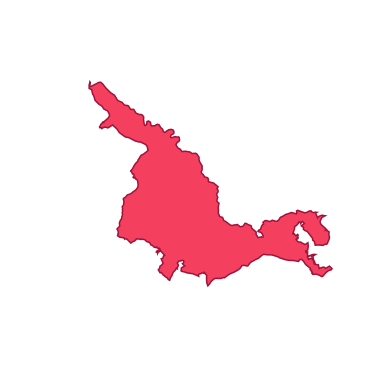 Risca, Cluj, Romania, rotated 229°
{"feature_id": "2599482B15866458666366", "entity_name": "Risca", "entity_type": "district", "adm_level": 2, "iso_a3": "ROU", "parent_name": "Romania", "parent_adm1": "Cluj", "projection": "mercator", "projection_center": [23.11, 46.713], "detail": "fine", "context": "isolated", "style": "filled", "palette": "rose", "viewbox_px": 384, "rotation_deg": 229, "n_neighbors": 0, "source": "geoboundaries", "source_scale": "gbopen_adm2", "svg_char_len": 6033}
<svg xmlns="http://www.w3.org/2000/svg" viewBox="0 0 384 384"><g transform="rotate(229 192 192)"><path d="M94.8,272.8L96.0,271.7L96.6,270.4L97.9,269.4L99.8,269.4L100.8,267.8L101.3,265.1L102.5,263.3L108.9,259.7L109.1,258.5L107.2,257.1L107.0,256.5L111.4,253.5L112.4,250.5L113.6,248.0L114.1,244.8L114.9,242.0L114.1,239.4L114.0,237.1L115.0,236.0L118.0,234.1L118.6,231.4L122.0,229.1L122.5,228.0L122.6,225.7L120.8,224.9L121.0,223.8L120.7,222.3L119.1,219.6L119.0,218.8L119.4,217.4L119.2,216.1L118.7,216.0L116.1,217.6L114.4,217.5L111.9,216.8L111.5,216.2L111.7,215.2L112.6,215.0L114.1,212.2L114.5,211.9L116.1,212.4L117.7,212.4L119.8,214.2L125.2,213.3L128.0,214.5L129.4,213.5L133.0,212.1L133.6,211.3L132.7,208.3L133.8,205.9L134.5,205.5L137.8,204.9L138.1,204.0L139.5,202.2L140.0,200.9L141.6,199.3L147.9,198.0L149.6,197.2L152.7,198.4L155.0,197.0L156.2,197.0L157.3,197.6L158.4,197.7L161.2,200.3L163.1,201.5L165.8,205.0L168.7,204.7L170.0,206.1L171.0,207.9L174.1,209.0L174.5,209.7L175.0,211.8L176.3,212.8L178.1,213.0L178.8,215.1L184.6,214.2L188.8,211.3L189.5,211.4L190.7,212.7L191.9,213.1L193.0,212.9L195.1,211.4L197.4,211.9L200.2,211.6L201.2,212.3L202.1,214.2L205.1,216.8L209.8,217.6L212.0,218.6L213.0,219.7L214.0,220.2L217.8,220.6L218.9,220.1L221.1,217.2L223.4,216.8L226.8,214.0L227.9,212.8L229.0,211.0L232.0,211.2L234.3,210.3L237.2,210.6L238.5,211.2L239.1,213.7L239.0,214.4L238.7,214.9L239.1,216.5L241.7,218.2L242.5,217.9L243.2,216.8L244.9,215.6L246.3,212.4L247.2,211.8L247.9,212.0L248.8,213.9L248.1,215.9L248.3,217.0L249.7,218.1L251.3,218.4L253.0,217.3L254.2,215.4L254.7,212.7L254.5,211.2L255.1,210.5L256.3,210.0L258.6,211.0L261.3,210.6L264.1,211.3L265.8,210.4L266.3,208.5L266.3,207.6L268.3,204.9L269.2,204.8L271.9,206.4L274.1,205.8L274.7,204.2L272.8,202.1L272.6,201.0L273.1,200.1L275.1,200.7L278.8,203.2L279.7,204.3L280.7,204.9L282.3,205.0L283.5,204.7L285.4,202.9L288.3,201.5L292.4,202.2L292.9,202.0L294.4,200.1L295.1,199.9L298.7,200.5L299.7,200.0L301.7,198.1L305.7,198.0L309.3,196.2L310.2,196.0L315.8,197.0L320.4,195.7L327.1,195.2L332.2,195.5L334.8,195.1L335.8,193.6L338.1,184.6L338.6,184.2L339.2,184.5L341.2,187.0L342.1,187.2L340.1,184.4L337.6,182.3L335.0,183.4L331.3,181.3L328.9,180.9L324.8,179.0L319.5,179.3L315.7,180.4L312.4,179.9L308.6,181.5L305.1,180.7L303.6,179.7L302.8,177.3L302.8,171.9L303.2,170.9L302.4,170.8L303.1,169.7L302.8,168.6L302.9,167.6L302.0,165.9L301.9,165.1L301.2,164.5L300.0,165.8L299.2,165.4L298.4,168.4L297.3,169.6L295.8,170.3L295.4,171.1L294.7,176.0L288.7,176.7L284.6,176.1L277.4,177.7L274.4,180.0L267.8,182.6L264.9,184.5L263.5,185.9L258.3,188.2L255.5,188.0L253.7,186.8L252.4,186.5L252.2,184.6L252.4,180.5L253.1,177.5L251.5,172.3L250.7,171.1L250.7,169.1L250.1,166.3L248.5,162.1L248.1,159.6L247.8,159.3L247.0,159.7L244.6,158.9L243.8,159.7L243.3,159.6L242.1,158.7L242.0,157.8L241.6,157.1L240.6,157.4L240.4,158.5L238.7,158.0L237.6,158.6L235.4,157.9L232.0,155.4L231.0,153.7L230.4,151.0L230.8,147.5L230.8,144.7L232.1,141.6L232.2,140.6L231.7,139.1L232.1,136.3L231.9,135.6L229.2,134.2L227.1,131.7L226.7,129.7L224.3,128.2L224.1,127.7L223.0,127.0L222.2,125.7L220.4,124.7L219.1,122.4L218.3,121.7L217.8,120.7L217.8,119.8L216.4,117.0L213.7,115.1L213.3,111.1L211.2,110.7L209.5,109.6L209.1,108.7L208.5,108.4L207.9,107.1L205.5,107.7L201.7,110.7L200.7,110.3L200.7,110.8L198.9,112.0L193.6,112.3L193.3,115.2L192.6,116.8L192.9,117.1L192.7,118.1L193.1,119.2L190.9,121.5L189.5,122.5L189.2,123.5L187.4,124.7L186.3,125.2L184.5,125.2L181.6,126.9L179.2,126.2L177.5,127.1L175.2,127.2L174.0,128.1L173.8,129.3L172.5,128.9L171.0,130.4L170.0,130.4L170.5,126.2L170.0,125.6L169.1,126.3L168.2,125.7L168.8,127.1L168.3,128.4L168.3,129.3L168.8,129.7L162.2,129.8L162.4,128.6L161.3,126.7L161.8,124.9L157.1,123.4L156.8,121.5L157.0,119.3L155.6,117.2L155.4,115.5L151.9,114.9L151.3,116.1L148.1,115.8L147.7,116.1L145.3,116.3L144.1,116.9L141.9,116.7L141.1,117.2L140.3,116.9L140.0,117.2L141.5,119.6L141.7,121.2L143.7,125.0L144.0,128.3L144.7,130.1L143.7,130.5L144.4,130.9L145.5,133.7L148.0,134.3L148.5,137.0L147.2,138.3L147.1,139.7L145.7,140.6L144.6,140.0L144.1,138.7L144.2,137.7L141.0,138.0L141.7,134.2L139.7,132.0L139.0,132.1L135.5,134.6L134.3,135.1L129.6,139.1L124.0,141.8L125.2,142.5L125.5,143.2L124.5,145.3L124.3,146.5L123.5,147.4L122.7,147.8L123.2,148.5L119.2,148.3L117.9,146.8L114.0,143.7L110.8,142.4L111.0,144.4L112.0,148.1L111.9,152.1L110.0,154.8L109.4,155.0L108.9,156.0L107.8,156.9L107.0,159.3L106.0,160.1L105.5,166.2L103.7,171.8L102.9,175.9L102.9,179.0L103.7,180.9L103.7,181.4L102.4,183.3L100.0,185.0L99.6,185.7L100.3,188.8L100.4,190.4L99.3,195.7L98.4,198.5L98.3,204.0L97.7,205.6L96.2,206.6L92.1,211.0L86.5,214.5L85.1,214.8L79.9,217.9L77.3,219.9L73.3,224.0L69.7,226.8L70.2,228.7L70.1,229.4L69.0,230.5L66.4,230.7L62.9,230.2L56.5,231.2L55.9,230.2L54.1,230.6L54.0,230.1L52.3,230.0L52.2,229.2L50.7,229.1L48.5,231.9L45.8,233.4L43.1,234.4L42.6,235.3L43.3,240.4L43.1,243.4L41.9,246.2L42.3,247.4L45.9,247.1L46.7,242.7L48.6,242.4L49.7,240.9L50.8,237.8L54.1,239.6L54.2,239.2L56.2,238.0L56.8,238.0L57.1,237.1L58.7,237.5L58.4,238.6L59.4,238.9L59.8,239.0L59.9,238.6L61.3,238.8L61.3,239.4L61.9,239.5L62.1,238.6L62.9,239.0L62.6,240.1L62.8,240.3L63.0,239.3L64.3,237.6L64.8,235.7L67.4,236.8L65.9,240.2L64.5,240.0L63.8,244.2L65.4,242.6L67.6,236.9L70.9,239.9L71.4,238.4L72.9,239.0L72.3,241.2L74.8,244.2L77.7,246.2L78.1,243.0L82.4,241.1L82.8,241.3L83.8,240.1L85.3,239.2L88.0,239.4L88.3,240.8L87.5,241.0L87.8,241.4L87.7,242.2L89.4,242.6L89.7,243.8L90.7,243.9L90.9,241.6L93.6,241.7L93.7,240.8L94.5,240.9L97.0,245.3L98.6,246.9L98.2,248.6L98.5,251.5L99.4,252.8L98.6,253.7L96.7,253.3L97.3,254.3L97.4,256.0L94.5,256.1L94.7,252.3L92.2,252.9L90.8,251.6L88.6,252.0L86.8,253.1L78.1,252.6L76.5,251.5L74.4,251.9L71.0,250.1L69.3,252.4L65.7,256.0L65.3,258.2L64.4,259.1L64.2,259.9L66.2,264.1L67.7,266.2L69.9,267.2L72.0,269.3L72.6,269.3L73.8,268.5L74.9,269.0L75.4,268.7L75.7,267.6L76.5,268.9L83.0,268.1L85.4,269.0L86.2,270.2L87.4,273.0L87.2,275.1L86.7,276.9L89.2,274.9L90.3,272.2L90.4,270.6L90.1,269.9L95.1,271.5L94.8,272.8Z" fill="#f43f5e" stroke="#9f1239" stroke-width="1.5"/></g></svg>